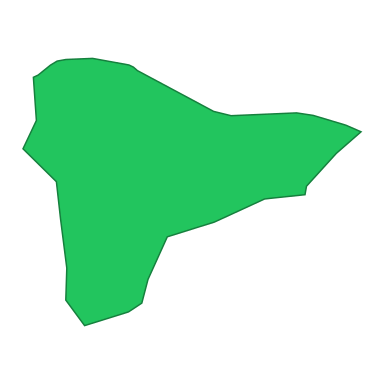 the border of Tajura' wa an Nawahi al Arba
{"feature_id": "LBY-2978", "entity_name": "Tajura' wa an Nawahi al Arba", "entity_type": "Municipality", "adm_level": 1, "iso_a3": "LBY", "parent_name": "Libya", "parent_adm1": "", "projection": "mercator", "projection_center": [13.403, 32.626], "detail": "fine", "context": "isolated", "style": "filled", "palette": "green", "viewbox_px": 384, "rotation_deg": 0, "n_neighbors": 0, "source": "natural_earth", "source_scale": "10m", "svg_char_len": 546}
<svg xmlns="http://www.w3.org/2000/svg" viewBox="0 0 384 384"><path d="M33.4,77.3L38.1,75.1L50.5,65.1L57.1,61.1L65.9,59.5L92.6,58.4L129.0,65.0L133.4,67.1L137.4,70.6L213.6,111.4L231.1,115.7L296.6,112.9L313.2,115.4L345.9,125.2L361.0,131.8L336.3,153.4L306.5,186.2L305.0,194.7L270.5,198.3L264.5,199.0L214.3,222.1L196.0,227.8L167.3,236.8L148.0,279.4L141.8,303.1L128.5,311.9L84.6,325.6L65.8,300.1L66.8,268.1L60.6,219.4L56.4,181.7L23.0,148.8L36.4,120.5L33.8,83.4L33.6,80.4L33.4,77.3L33.4,77.3Z" fill="#22c55e" stroke="#15803d" stroke-width="1.5"/></svg>